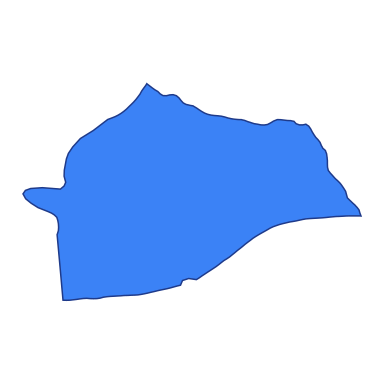 the district of Mayfa'ah, Shabwah, Yemen
{"feature_id": "15242507B4449600495147", "entity_name": "Mayfa'ah", "entity_type": "district", "adm_level": 2, "iso_a3": "YEM", "parent_name": "Yemen", "parent_adm1": "Shabwah", "projection": "albers", "projection_center": [47.797, 14.413], "detail": "fine", "context": "isolated", "style": "filled", "palette": "blue", "viewbox_px": 384, "rotation_deg": 0, "n_neighbors": 0, "source": "geoboundaries", "source_scale": "gbopen_adm2", "svg_char_len": 3343}
<svg xmlns="http://www.w3.org/2000/svg" viewBox="0 0 384 384"><path d="M146.8,83.7L145.7,85.5L143.6,88.3L141.7,91.0L140.0,94.1L138.0,96.8L136.0,99.4L133.6,102.1L131.3,104.4L128.9,106.7L126.5,109.1L124.0,111.2L121.0,113.4L118.2,115.1L115.0,116.7L111.7,118.0L108.5,119.2L107.7,119.5L93.3,130.5L80.4,138.5L72.7,147.0L71.3,149.1L68.4,153.4L66.4,158.9L64.3,170.2L64.1,176.2L65.7,182.3L64.1,186.0L60.4,189.1L51.5,188.4L42.3,187.7L30.7,188.5L25.4,190.4L23.0,193.9L25.7,198.8L31.1,203.2L38.0,207.6L48.1,211.6L51.5,213.1L54.3,214.9L56.8,217.3L57.8,220.5L58.4,223.7L58.6,227.3L58.4,230.6L57.4,233.9L57.1,234.6L60.1,267.6L63.0,300.2L66.5,300.3L69.8,300.2L73.2,299.8L76.6,299.4L79.9,298.9L83.2,298.5L86.7,298.3L90.1,298.6L93.5,298.7L96.9,298.6L100.2,298.1L103.4,297.2L106.9,296.7L110.2,296.4L113.8,296.2L117.1,296.0L120.7,295.8L124.1,295.5L127.9,295.4L131.2,295.2L134.5,295.1L137.9,294.9L141.1,294.4L144.3,293.8L147.6,293.1L150.8,292.3L154.4,291.5L157.6,290.7L160.8,290.0L164.2,289.3L167.5,288.6L170.7,287.8L173.9,286.9L177.2,286.0L180.5,285.2L182.5,280.5L188.7,278.5L196.4,279.6L199.3,277.8L202.1,275.8L205.0,273.9L207.7,272.1L210.5,270.3L213.4,268.4L216.1,266.6L218.9,264.5L221.4,262.5L224.0,260.5L226.8,258.8L229.5,257.0L232.2,254.8L234.8,252.7L237.4,250.5L240.0,248.5L242.5,246.5L245.2,244.2L247.8,242.2L250.5,240.2L253.2,238.1L256.0,236.3L258.8,234.6L261.6,233.0L264.5,231.4L267.3,229.8L270.2,228.1L273.2,226.7L276.3,225.6L279.5,224.5L282.9,223.6L286.3,222.8L289.6,222.0L292.8,221.5L296.2,220.9L299.3,220.2L302.5,219.5L305.8,218.9L309.2,218.6L312.5,218.4L315.9,218.2L319.3,218.0L322.5,217.8L326.0,217.5L329.5,217.1L332.8,216.8L336.1,216.5L339.3,216.4L342.8,216.2L346.0,216.0L349.3,215.9L352.7,215.9L356.0,215.9L359.3,215.9L361.0,216.0L359.9,213.1L359.0,209.9L357.0,207.3L356.3,206.6L354.7,204.8L352.8,203.2L352.6,202.9L352.2,202.6L350.9,201.3L349.7,200.2L348.6,199.1L347.4,197.9L346.5,194.6L345.6,191.3L343.8,188.4L341.9,185.6L341.1,184.5L339.9,183.0L337.4,180.5L335.9,179.2L334.8,178.1L333.4,176.5L332.6,175.6L331.9,174.8L330.3,173.1L329.1,171.5L328.3,170.5L327.9,168.8L327.5,167.2L327.5,166.9L327.4,163.9L327.4,160.6L327.1,157.8L327.1,157.3L327.0,156.9L326.6,153.8L325.7,151.5L325.4,150.5L323.7,149.0L322.9,148.4L322.2,147.0L321.3,145.5L321.1,144.9L320.0,142.3L318.0,139.7L315.7,137.3L315.1,136.4L313.8,134.5L312.1,131.7L311.8,131.1L310.6,128.8L308.7,126.1L307.0,125.0L305.9,124.2L304.2,124.6L302.7,124.9L301.3,124.9L299.4,124.9L296.9,124.0L296.2,123.8L293.9,121.3L293.7,121.3L291.7,120.9L290.6,120.6L289.7,120.6L287.3,120.5L284.0,120.1L282.3,119.9L280.6,119.7L277.8,119.6L277.3,119.6L273.5,121.1L271.1,122.6L270.7,122.8L270.4,123.0L267.5,124.5L264.2,125.0L261.0,124.9L259.5,124.6L257.6,124.2L254.3,123.7L251.7,122.9L251.1,122.7L250.6,122.5L247.9,121.7L244.6,120.4L242.3,119.9L241.3,119.6L239.5,119.6L237.7,119.5L234.5,119.2L233.0,119.0L231.2,118.7L229.5,118.3L228.0,118.0L226.1,117.4L224.8,117.0L221.4,116.2L218.0,115.8L214.2,115.5L211.0,115.1L207.7,114.3L204.6,113.1L201.6,111.4L198.7,109.5L197.6,108.7L195.9,107.6L193.8,106.4L193.1,105.9L189.7,105.3L189.1,105.1L186.0,104.4L183.2,102.9L181.0,100.5L180.4,99.7L179.0,97.9L176.4,95.7L173.2,94.7L172.7,94.7L169.8,94.9L166.5,95.7L163.0,95.6L160.2,93.9L159.9,93.6L157.8,91.5L154.9,89.8L152.1,87.8L151.1,87.0L149.5,85.8L147.0,83.9L146.8,83.7Z" fill="#3b82f6" stroke="#1e3a8a" stroke-width="1.5"/></svg>